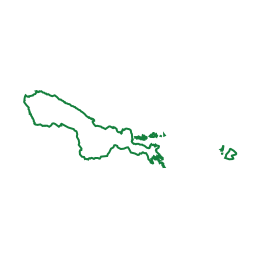 Morowali, Sulawesi Tengah, Indonesia (Equal Earth projection), rotated 325°
{"feature_id": "22746128B26432903559283", "entity_name": "Morowali", "entity_type": "district", "adm_level": 2, "iso_a3": "IDN", "parent_name": "Indonesia", "parent_adm1": "Sulawesi Tengah", "projection": "equal_earth", "projection_center": [122.297, -2.895], "detail": "fine", "context": "isolated", "style": "outline", "palette": "green", "viewbox_px": 256, "rotation_deg": 325, "n_neighbors": 0, "source": "geoboundaries", "source_scale": "gbopen_adm2", "svg_char_len": 5913}
<svg xmlns="http://www.w3.org/2000/svg" viewBox="0 0 256 256"><g transform="rotate(325 128 128)"><path d="M107.8,134.8L108.9,136.5L108.5,137.6L108.7,138.5L110.1,141.1L112.8,142.6L115.4,143.1L116.9,143.8L116.9,145.5L116.3,149.7L119.1,152.9L120.5,155.6L121.4,156.2L123.2,155.6L124.3,156.7L125.9,156.3L126.3,156.5L126.9,157.9L128.4,159.0L128.1,162.4L126.8,165.4L127.3,167.3L126.8,169.4L127.9,171.2L128.3,171.3L128.6,170.7L129.3,166.9L129.9,167.2L130.7,166.6L130.9,167.1L131.2,167.3L132.0,166.4L132.5,166.7L132.4,166.3L133.0,165.9L133.2,166.4L132.5,167.1L133.1,167.4L132.4,168.1L132.5,168.5L132.0,168.8L132.2,169.4L132.7,169.5L132.8,168.6L133.3,168.2L133.5,168.4L133.2,169.1L133.4,168.8L133.5,169.3L133.7,169.1L133.7,169.6L134.3,169.4L134.3,169.8L135.2,168.6L135.2,168.9L135.5,168.7L135.4,168.0L135.8,167.6L136.3,168.4L136.3,169.9L136.9,169.5L137.2,169.9L137.1,170.1L137.5,170.1L137.6,170.8L137.3,170.4L137.3,170.8L137.7,171.3L137.6,172.0L137.8,171.7L138.0,172.2L138.0,171.8L138.6,171.3L138.2,170.3L138.5,169.6L138.1,169.4L138.1,168.8L137.6,168.2L137.9,168.0L137.9,168.4L138.3,168.4L138.2,168.2L138.5,167.7L138.3,167.4L138.2,167.0L138.4,167.0L137.6,163.6L138.2,163.0L138.1,162.2L138.8,161.6L141.6,161.7L142.7,161.0L142.9,160.4L141.2,158.4L141.1,157.3L140.2,157.4L140.6,157.8L140.7,158.8L139.5,158.7L139.4,156.4L138.5,156.2L138.1,155.8L137.9,154.6L136.3,155.0L135.2,155.8L135.3,156.1L134.4,156.2L134.0,156.7L133.2,156.3L132.1,154.9L131.3,152.0L130.3,150.6L130.2,149.9L128.2,148.4L127.6,147.1L126.1,146.0L125.1,145.8L124.4,144.7L123.6,144.3L123.0,141.6L122.6,141.7L123.9,141.0L124.2,140.2L125.2,140.3L125.5,138.9L127.7,135.2L127.8,133.9L128.8,131.8L128.9,131.0L128.4,129.8L126.5,127.7L125.3,127.1L124.1,127.5L123.4,127.2L123.2,127.6L123.2,126.4L122.9,126.1L122.0,126.7L122.0,127.1L120.9,127.1L120.0,128.6L119.3,128.7L119.0,126.7L117.9,126.1L117.4,125.2L117.4,123.8L118.1,122.3L117.4,119.9L116.8,119.3L116.3,119.7L115.6,119.4L114.4,116.7L113.5,115.9L108.9,115.9L107.5,113.2L107.0,112.8L106.7,111.4L104.1,108.6L102.5,107.8L102.2,105.1L102.5,102.7L103.3,102.2L104.4,102.7L104.8,102.1L104.6,100.8L103.7,99.4L103.1,99.6L102.5,97.7L101.8,97.4L101.7,97.1L102.1,96.7L101.4,96.0L100.8,94.4L100.5,91.6L99.7,88.7L99.1,87.7L98.9,86.0L98.0,84.7L97.2,82.3L96.8,82.0L96.6,80.4L96.1,80.1L95.5,78.6L94.7,77.9L94.1,76.8L94.1,75.8L93.6,74.8L92.8,74.1L92.1,72.8L91.0,71.7L91.1,70.5L90.6,70.3L90.4,68.8L89.4,67.1L89.3,66.2L88.0,65.1L87.6,62.0L86.7,59.2L84.2,58.5L82.8,56.5L82.2,54.7L80.9,54.1L80.8,53.0L80.0,52.5L79.6,51.0L78.6,50.1L78.1,48.2L77.1,47.8L76.5,47.1L75.8,47.4L75.2,47.2L74.3,45.3L74.0,45.2L74.4,46.1L72.9,46.7L73.2,47.3L72.7,46.4L71.5,47.0L70.2,46.5L69.2,46.5L68.8,46.8L65.7,45.5L65.2,45.7L65.0,45.2L64.3,45.3L63.5,44.5L62.9,42.5L61.6,43.2L59.6,45.1L59.2,46.2L58.4,46.4L57.8,47.4L57.9,51.1L58.4,54.3L57.3,55.5L57.3,56.8L56.7,57.8L56.7,58.8L56.2,58.9L55.9,60.1L55.6,60.2L55.8,60.8L56.3,61.0L56.2,61.5L55.7,62.5L55.8,63.6L55.4,65.0L55.6,65.1L55.4,66.6L55.1,67.9L54.6,68.5L54.5,70.3L53.8,70.6L53.8,70.9L54.1,71.0L54.1,72.0L55.7,73.6L58.3,74.8L59.2,77.3L59.7,77.3L60.4,78.2L61.4,78.4L61.7,79.0L63.0,79.6L64.2,81.8L66.4,81.8L68.6,81.0L69.8,81.6L70.7,83.0L72.1,87.3L73.3,87.0L74.7,87.7L75.2,86.5L76.0,86.5L79.4,93.4L82.9,97.8L82.8,99.4L83.8,101.0L83.7,101.9L82.8,104.1L81.5,105.3L81.0,106.3L80.7,109.7L79.8,111.4L79.6,112.2L78.0,113.5L78.1,118.1L77.1,119.3L76.0,118.8L75.0,119.5L73.5,122.1L73.8,125.1L75.4,126.6L74.9,128.7L75.6,128.9L76.4,130.0L77.0,130.2L77.3,131.0L78.7,130.5L79.4,130.8L79.6,131.4L80.9,131.5L81.8,132.5L82.1,133.5L82.8,133.9L83.9,133.7L86.2,135.4L86.8,136.5L87.4,136.9L89.5,136.0L94.9,139.0L96.5,137.8L98.5,137.3L102.2,135.2L104.9,135.5L106.8,134.3L107.8,134.8ZM200.1,204.0L199.4,203.8L197.6,205.1L193.2,206.1L192.2,207.2L190.4,208.2L193.0,211.7L195.8,213.4L196.7,213.5L197.0,212.7L196.9,210.6L197.2,210.2L201.1,211.5L201.8,211.3L202.2,210.5L201.5,207.1L200.1,204.0ZM136.7,142.0L136.2,142.1L135.6,142.7L134.7,144.4L135.1,145.1L135.8,145.3L135.5,145.6L135.5,146.2L136.7,147.2L137.5,147.0L138.0,146.1L136.7,144.2L136.8,143.5L135.8,143.1L136.1,142.3L136.7,142.0ZM144.1,147.6L143.1,146.9L142.9,147.4L143.2,147.9L143.2,148.7L142.9,148.7L142.7,149.3L143.8,150.1L145.5,150.4L145.8,150.1L145.4,147.5L144.7,147.0L144.1,147.6ZM130.6,140.9L128.9,139.7L128.9,140.1L128.5,140.2L129.2,140.9L129.2,141.4L129.5,141.3L129.4,141.7L130.2,142.4L131.6,142.8L131.7,142.5L131.0,142.0L132.3,141.8L131.8,140.9L130.6,140.9ZM195.7,197.6L196.0,196.8L194.8,198.0L192.7,199.2L191.6,198.9L192.0,200.0L191.6,200.2L192.2,200.7L193.3,200.2L195.7,197.6ZM134.3,143.5L132.9,143.6L132.1,144.2L132.1,144.7L133.3,145.3L133.6,144.9L134.4,145.1L134.6,143.8L134.3,143.5ZM141.6,146.9L140.9,147.1L141.5,148.4L142.6,149.1L142.9,148.4L142.3,147.2L141.6,146.9ZM139.3,172.3L138.8,171.1L138.2,172.7L137.8,172.3L138.1,173.1L138.0,173.4L138.3,173.5L138.7,172.5L138.6,172.9L138.8,173.1L139.3,172.3ZM135.8,175.8L135.4,176.2L135.6,177.0L135.0,177.9L135.1,178.1L135.3,178.2L135.2,177.8L135.5,177.5L135.8,178.2L136.2,177.9L136.2,177.3L135.8,177.6L136.0,176.8L136.3,176.8L136.2,176.5L135.8,175.8ZM135.0,171.9L134.2,172.6L134.5,173.9L135.0,173.1L135.0,172.4L135.2,172.5L135.0,171.9ZM135.4,179.7L134.9,179.5L135.0,180.2L134.8,180.4L135.4,180.8L135.4,179.7ZM147.3,149.3L146.7,149.3L146.5,150.1L147.3,150.2L147.1,149.6L147.3,149.3ZM134.6,147.0L134.7,146.0L133.9,146.4L134.3,146.9L134.6,147.0ZM146.4,150.6L145.9,150.8L146.2,151.5L146.7,151.0L146.4,150.6ZM153.9,155.1L153.8,154.3L153.8,154.2L153.3,155.0L153.9,155.1ZM190.6,203.0L190.3,202.8L189.5,202.6L190.4,203.2L190.6,203.0ZM151.1,153.2L150.2,153.3L150.4,153.6L151.1,153.2ZM147.8,150.7L147.1,150.8L146.9,151.1L147.1,151.2L147.8,150.7ZM145.8,146.6L145.4,146.9L146.2,147.0L146.1,146.8L145.8,146.6ZM132.0,143.2L131.6,143.2L131.6,143.6L132.0,143.7L132.0,143.2ZM134.4,174.6L134.2,173.8L133.9,174.7L134.4,174.6ZM116.1,118.8L115.6,118.9L115.8,119.4L116.1,119.3L116.1,118.8Z" fill="none" stroke="#15803d" stroke-width="2"/></g></svg>